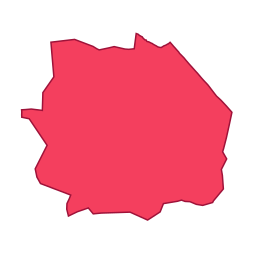 Gagarawa, Jigawa, Nigeria (Equal Earth projection), rotated 265°
{"feature_id": "59680162B30447030328077", "entity_name": "Gagarawa", "entity_type": "district", "adm_level": 2, "iso_a3": "NGA", "parent_name": "Nigeria", "parent_adm1": "Jigawa", "projection": "equal_earth", "projection_center": [9.565, 12.485], "detail": "fine", "context": "isolated", "style": "filled", "palette": "rose", "viewbox_px": 256, "rotation_deg": 265, "n_neighbors": 0, "source": "geoboundaries", "source_scale": "gbopen_adm2", "svg_char_len": 1502}
<svg xmlns="http://www.w3.org/2000/svg" viewBox="0 0 256 256"><g transform="rotate(265 128 128)"><path d="M45.5,61.0L49.0,70.3L51.8,81.5L45.5,85.9L45.6,93.8L44.0,122.7L34.6,139.5L41.6,152.7L49.6,156.7L50.7,171.0L51.5,175.0L49.9,178.4L49.2,183.3L46.0,189.4L44.4,195.7L46.4,205.8L48.0,206.8L59.0,217.7L72.5,217.9L78.6,217.4L88.6,223.6L96.0,220.2L99.3,221.5L109.8,225.2L117.1,227.5L121.2,228.8L134.6,232.9L140.7,228.4L147.5,223.1L152.1,218.9L157.9,215.2L163.9,211.4L167.7,208.4L169.5,207.0L171.8,205.3L176.2,202.2L178.8,200.2L181.9,197.9L186.4,194.5L190.3,191.7L193.1,189.8L197.9,185.8L199.3,185.1L201.0,183.8L202.5,182.7L204.0,181.6L205.4,180.5L206.7,179.6L209.3,177.7L209.7,177.4L208.3,175.5L208.2,174.7L207.6,173.7L207.1,172.4L206.6,170.6L206.1,169.8L205.7,168.9L205.3,168.2L205.4,167.4L205.7,166.1L206.3,164.6L207.3,163.4L208.1,162.1L209.1,160.6L210.0,159.6L210.5,158.6L211.3,157.3L212.0,156.2L212.5,154.5L213.2,154.0L214.0,153.8L214.4,152.4L215.0,151.9L215.9,151.2L216.7,150.5L217.5,150.2L218.0,149.3L218.8,148.2L219.2,147.4L219.8,147.0L220.5,146.3L221.0,145.3L221.4,144.4L206.4,141.1L206.3,135.6L206.9,131.9L210.3,121.3L209.5,116.0L208.3,106.1L209.6,103.9L212.3,100.3L220.9,82.5L220.2,58.7L185.4,58.6L170.7,46.3L153.0,44.2L155.3,33.3L155.3,27.2L155.4,23.6L154.3,23.6L153.7,23.6L152.4,23.5L151.0,23.3L150.0,23.2L149.0,23.2L148.0,23.1L145.8,30.4L117.8,45.9L95.4,32.0L87.0,33.0L80.3,36.0L66.2,65.1L62.8,63.4L58.0,60.6L52.5,59.9L45.5,61.0Z" fill="#f43f5e" stroke="#9f1239" stroke-width="1.5"/></g></svg>